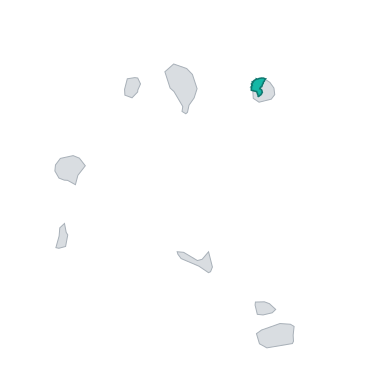 location of Santa Catarina Do Fogo, Santa Catarina do Fogo, Cabo Verde, rotated 196°
{"feature_id": "66160863B71170562423195", "entity_name": "Santa Catarina Do Fogo", "entity_type": "district", "adm_level": 2, "iso_a3": "CPV", "parent_name": "Cabo Verde", "parent_adm1": "Santa Catarina do Fogo", "projection": "mercator", "projection_center": [-24.327, 14.901], "detail": "fine", "context": "in_parent", "style": "filled", "palette": "teal", "viewbox_px": 384, "rotation_deg": 196, "n_neighbors": 0, "source": "geoboundaries", "source_scale": "gbopen_adm2", "svg_char_len": 4061}
<svg xmlns="http://www.w3.org/2000/svg" viewBox="0 0 384 384"><g transform="rotate(196 192 192)"><path d="M251.2,300.1L244.9,310.0L231.1,309.2L224.0,305.1L215.6,292.7L215.9,283.0L218.8,274.6L218.3,267.4L219.5,265.5L223.8,266.7L224.4,271.6L237.0,283.6L241.7,285.9L251.2,300.1ZM71.2,89.8L61.0,92.0L56.8,90.9L55.3,82.2L53.3,76.5L53.7,74.0L77.1,62.8L85.3,64.7L91.0,73.6L87.1,78.5L71.2,89.8ZM306.1,166.9L314.8,168.9L318.1,168.2L323.7,168.7L329.6,174.4L330.7,180.4L327.8,188.0L316.3,194.2L309.6,193.5L301.8,187.8L306.3,176.6L306.1,166.9ZM161.1,316.5L152.9,320.6L147.3,318.8L141.9,314.5L139.3,308.4L141.4,303.1L152.3,296.8L158.9,298.9L162.4,308.6L161.1,316.5ZM184.1,125.0L188.4,128.3L189.8,130.5L183.4,131.7L167.9,127.6L163.7,130.1L159.6,139.1L151.7,125.5L152.2,120.5L153.9,119.0L164.9,122.6L184.1,125.0ZM278.5,286.2L275.6,286.6L271.3,281.7L272.2,275.0L271.8,273.2L275.6,266.0L283.2,266.6L285.1,272.0L285.4,283.0L278.5,286.2ZM100.7,103.7L92.1,106.4L86.8,106.0L79.2,102.2L81.6,98.0L89.8,93.4L95.5,92.4L100.2,100.7L100.7,103.7ZM309.2,121.1L305.9,126.6L301.8,118.5L299.6,116.5L298.5,104.8L304.5,101.2L307.5,101.0L307.6,113.1L309.2,121.1Z" fill="#d9dde1" stroke="#a8b0b8" stroke-width="1"/><path d="M152.5,321.0L152.9,320.9L153.1,320.9L153.4,321.1L153.7,321.1L154.0,321.1L154.5,321.2L154.8,321.2L155.2,321.1L155.8,320.9L156.1,320.8L156.2,320.7L156.7,320.7L156.8,320.7L157.0,320.6L157.5,320.2L157.9,320.1L158.9,319.6L159.1,319.6L159.3,319.6L159.2,319.6L159.2,319.4L159.4,319.3L159.5,319.0L159.8,318.8L160.2,318.6L160.4,318.5L160.5,318.6L160.8,318.6L160.8,318.4L161.1,318.3L161.2,318.1L161.4,317.9L161.5,318.0L161.5,317.9L161.7,317.7L161.9,317.5L162.0,317.4L162.4,317.0L162.7,316.7L162.8,316.6L162.7,316.5L162.7,316.4L162.8,316.3L162.8,316.2L163.0,316.1L163.1,315.9L163.3,315.8L163.4,315.6L163.5,315.6L163.6,315.4L163.7,315.2L163.8,315.0L163.8,314.9L163.8,314.7L163.9,314.4L164.0,314.4L163.9,314.3L164.0,314.3L164.0,314.2L163.9,314.2L164.0,314.2L163.9,314.2L164.1,314.1L164.1,313.9L164.1,313.7L164.2,313.4L164.3,313.2L164.2,313.2L164.1,312.9L164.1,312.6L164.1,312.4L164.0,312.2L164.0,311.9L163.9,311.8L164.0,311.7L163.9,311.5L164.0,311.5L163.9,311.4L164.0,311.4L163.9,311.4L163.9,311.2L163.8,310.9L163.8,310.7L163.9,310.4L163.9,310.1L163.8,309.9L163.8,309.7L163.7,309.6L163.7,309.4L163.8,309.3L163.7,309.3L163.7,309.2L163.8,309.2L163.7,309.0L163.7,308.9L163.6,308.7L163.5,308.4L163.4,308.4L163.4,308.2L163.5,308.0L163.5,307.9L163.4,307.7L163.5,307.5L163.4,307.2L163.2,306.8L163.1,306.7L163.1,306.4L163.0,306.1L162.8,306.1L162.7,306.2L162.1,306.2L161.7,306.2L161.2,306.3L161.0,306.2L160.9,306.3L160.8,306.2L160.7,306.2L160.4,306.2L160.2,306.2L159.7,306.2L159.5,306.3L158.7,306.3L158.0,306.4L157.9,306.3L157.8,306.2L157.7,306.2L157.5,306.3L157.4,306.1L157.2,306.0L157.0,305.6L156.8,305.4L156.7,305.2L156.2,304.6L156.2,304.4L155.9,304.3L155.9,304.2L155.7,303.8L155.5,303.6L155.3,303.3L155.2,303.1L155.1,302.9L155.0,302.7L154.9,302.5L154.9,302.3L154.8,302.1L154.7,302.1L154.4,302.1L154.2,302.3L153.8,302.8L153.7,302.9L153.6,303.0L153.6,303.3L153.4,303.5L153.2,303.8L153.0,304.0L152.9,304.1L152.7,304.2L152.7,304.4L152.6,304.6L152.5,304.9L152.3,305.2L152.1,305.6L152.1,305.9L152.2,306.0L152.1,306.3L152.2,306.6L152.1,306.8L151.9,307.0L152.0,307.1L152.0,307.3L152.1,307.5L152.3,307.8L152.3,308.0L152.7,308.4L152.8,308.7L152.9,308.8L152.9,309.0L153.0,309.0L153.4,309.3L153.5,309.4L153.8,309.5L154.0,309.7L154.3,309.8L154.7,309.8L154.8,309.9L155.0,309.8L155.4,309.8L155.4,310.0L155.3,310.4L155.3,310.7L155.1,310.9L155.0,311.3L155.0,311.5L154.9,311.7L154.9,311.9L154.6,312.0L154.4,312.2L154.3,312.3L154.1,312.3L153.9,312.6L153.9,312.8L154.0,312.9L154.0,313.1L154.0,313.4L153.9,313.8L153.9,314.0L154.0,314.1L153.9,314.4L153.9,314.6L153.9,314.8L153.9,315.0L153.7,315.4L153.7,315.5L153.5,315.9L153.6,316.2L153.5,316.5L153.6,316.8L153.7,317.0L153.6,317.3L153.6,317.6L153.5,317.8L153.4,317.9L153.3,318.0L153.2,318.2L153.1,318.4L153.0,318.5L153.0,318.9L153.0,319.1L153.1,319.5L152.9,319.9L152.9,320.1L152.7,320.5L152.5,321.0Z" fill="#14b8a6" stroke="#0f766e" stroke-width="1.5"/></g></svg>